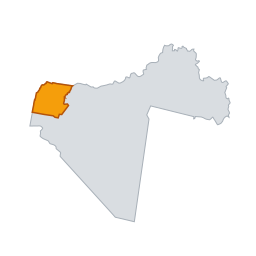 location of Menaka, Gao, Mali, rotated 191°
{"feature_id": "8926073B3742503303790", "entity_name": "Menaka", "entity_type": "district", "adm_level": 2, "iso_a3": "MLI", "parent_name": "Mali", "parent_adm1": "Gao", "projection": "orthographic", "projection_center": [2.874, 16.667], "detail": "fine", "context": "in_parent", "style": "filled", "palette": "amber", "viewbox_px": 256, "rotation_deg": 191, "n_neighbors": 0, "source": "geoboundaries", "source_scale": "gbopen_adm2", "svg_char_len": 5965}
<svg xmlns="http://www.w3.org/2000/svg" viewBox="0 0 256 256"><g transform="rotate(191 128 128)"><path d="M39.4,188.0L39.6,187.1L38.8,186.4L38.8,186.1L39.4,183.4L39.4,182.8L39.8,181.4L39.3,180.8L39.2,180.3L38.1,178.5L37.8,177.0L37.2,176.0L35.8,175.6L35.3,176.4L34.9,176.5L34.4,175.8L34.3,175.3L34.3,174.8L32.6,172.4L32.8,171.2L33.5,170.5L33.8,169.5L33.2,168.2L33.4,167.0L33.4,165.4L32.4,163.9L31.8,163.2L31.2,162.1L31.9,159.8L30.9,157.8L32.9,158.7L33.9,158.1L34.9,157.1L35.7,155.8L36.2,154.2L36.4,152.8L37.4,150.7L38.4,149.7L40.5,148.3L41.0,148.5L44.1,152.0L45.9,153.8L46.5,154.7L47.1,154.8L48.1,153.2L49.2,151.9L49.6,151.6L52.9,151.6L54.6,152.0L56.1,152.5L58.3,152.8L64.1,152.1L64.2,151.4L64.1,150.7L64.4,150.1L64.9,149.6L65.3,149.5L65.4,151.4L65.9,151.7L67.2,151.8L110.0,154.0L112.1,144.4L109.1,140.8L103.9,37.2L123.5,38.0L126.7,40.5L189.2,87.2L189.4,88.6L189.3,90.6L189.8,91.3L190.8,91.9L194.4,93.9L194.7,94.3L194.8,95.1L195.3,96.1L196.1,96.7L197.0,97.1L198.1,97.4L201.4,97.7L202.1,98.2L203.6,100.0L204.4,100.3L208.9,101.3L210.3,101.8L211.9,102.6L212.8,103.3L212.8,106.2L213.4,108.0L213.4,108.5L212.7,109.2L212.5,109.7L211.7,111.2L211.8,111.8L213.4,112.9L214.2,113.2L215.1,113.2L224.7,111.2L225.0,137.6L224.6,138.0L224.4,142.7L223.7,145.5L222.4,147.5L221.7,150.6L221.2,151.2L220.8,152.9L220.1,153.9L218.9,154.3L216.6,156.3L216.5,157.8L211.2,157.0L210.8,157.0L210.6,157.2L210.5,158.0L196.9,158.5L190.3,158.8L186.1,162.3L183.4,162.6L180.0,162.3L178.2,162.3L177.6,162.5L177.4,163.1L172.1,161.2L170.0,161.7L169.7,161.5L169.5,161.2L168.5,160.9L167.0,161.0L165.8,161.2L162.4,164.0L160.5,164.7L157.1,166.2L154.6,167.6L153.8,167.9L152.4,167.9L151.3,168.2L150.3,171.4L149.6,171.7L145.5,170.3L144.7,170.5L144.0,170.8L141.7,172.6L140.5,174.1L139.8,176.1L139.9,177.4L139.5,177.8L138.4,177.9L136.6,177.4L136.0,177.6L135.7,178.6L135.7,180.7L135.2,182.2L134.1,182.6L133.2,183.2L132.5,183.3L131.9,183.2L128.7,180.8L127.6,180.5L126.3,180.7L125.1,181.6L122.9,183.8L123.1,184.6L123.7,185.6L124.1,186.8L124.0,187.8L121.0,189.2L121.7,190.3L121.5,193.3L120.1,194.6L119.5,195.5L118.2,196.4L117.0,196.9L113.3,197.5L111.8,198.4L111.1,199.2L110.9,200.0L111.0,200.9L111.7,202.9L111.4,204.7L110.7,206.8L110.1,207.7L108.4,208.7L108.6,210.0L108.7,212.0L108.4,214.5L107.8,216.2L107.4,216.0L105.7,216.0L103.9,216.5L103.3,216.9L103.1,217.4L101.6,218.7L100.6,218.6L99.7,218.2L99.2,217.8L99.2,217.6L99.8,216.5L99.8,216.1L99.3,214.2L99.4,213.7L99.2,212.2L97.1,212.7L97.0,213.0L97.3,213.9L97.1,214.1L96.4,214.0L95.4,213.7L94.4,212.8L94.1,213.0L94.0,213.7L93.9,214.5L94.1,216.0L93.8,216.5L92.1,216.3L90.7,216.4L90.3,216.9L90.2,217.5L90.5,218.2L90.4,218.4L89.8,218.8L89.6,218.8L88.8,218.0L85.8,217.2L85.5,216.2L85.2,216.2L84.2,214.9L83.8,214.9L83.5,215.1L82.3,215.0L81.2,215.9L80.4,217.2L79.5,217.8L78.3,218.0L78.5,217.2L78.1,216.0L75.5,214.4L75.1,213.8L74.6,210.6L74.6,209.6L74.8,208.8L74.8,208.1L74.5,207.6L73.7,207.1L72.9,206.8L71.8,207.4L71.3,207.5L70.8,207.4L70.6,207.2L70.7,206.9L71.9,205.2L72.5,204.5L73.6,203.7L73.9,203.3L74.0,203.0L73.9,202.7L73.1,202.4L72.0,201.5L71.4,201.4L70.9,201.0L70.4,199.7L70.1,199.4L69.6,199.3L69.1,198.9L69.3,195.9L68.2,193.6L67.4,190.6L66.9,189.9L66.0,189.2L64.9,188.8L63.9,188.6L62.8,188.8L62.8,189.1L63.4,190.1L63.5,190.6L63.3,191.1L63.1,191.4L61.6,191.7L59.5,192.6L58.8,193.8L58.3,193.9L57.6,193.7L52.3,191.3L50.1,192.0L48.5,193.7L48.1,194.3L47.4,194.8L47.1,194.8L46.7,194.4L45.3,191.5L44.6,190.8L43.8,190.7L43.1,191.1L42.3,192.0L41.3,192.8L40.7,193.0L40.2,192.8L38.1,190.8L38.0,190.4L39.1,188.3L39.4,188.0Z" fill="#d9dde1" stroke="#a8b0b8" stroke-width="1"/><path d="M190.4,158.8L190.8,158.8L191.8,158.7L192.3,158.7L192.7,158.7L193.8,158.6L194.8,158.6L195.4,158.5L195.7,158.5L196.7,158.5L197.6,158.4L198.5,158.4L199.2,158.4L199.7,158.3L200.1,158.3L200.6,158.3L201.1,158.3L202.1,158.2L202.5,158.2L203.1,158.2L203.6,158.1L204.2,158.1L205.2,158.1L205.7,158.0L206.3,158.0L206.6,158.0L207.0,158.0L208.1,158.1L208.5,158.1L209.7,158.1L210.5,158.1L210.7,157.8L210.7,157.4L210.7,157.2L210.8,157.1L211.0,157.0L211.3,157.1L212.8,157.3L214.3,157.6L215.4,157.7L215.7,157.8L216.3,157.9L216.5,157.7L216.8,157.4L216.9,157.0L216.9,156.7L216.8,156.4L216.9,156.2L217.0,156.2L217.4,156.0L217.4,155.9L217.6,155.8L217.8,155.5L217.9,155.4L218.2,155.0L218.6,154.5L218.8,154.3L218.9,154.2L219.0,154.2L219.3,154.1L219.7,154.1L219.9,154.1L220.0,154.0L220.3,154.0L220.5,153.9L220.7,153.7L220.8,153.6L221.0,153.3L221.1,153.1L221.2,152.7L221.3,152.3L221.4,152.0L221.4,151.9L221.4,151.7L221.4,151.4L221.5,151.1L221.5,150.9L221.6,150.7L221.8,150.5L222.0,150.4L222.2,150.2L222.2,149.8L222.2,149.7L222.2,149.4L222.1,149.2L222.1,148.9L222.3,148.6L222.4,148.3L222.5,148.2L222.6,147.9L222.7,147.7L222.8,147.5L223.0,147.2L223.1,146.9L223.2,146.7L223.3,146.4L223.3,146.2L223.4,145.9L223.5,145.7L223.9,145.5L224.4,145.2L224.6,145.0L224.6,144.8L224.6,143.3L224.6,142.0L224.6,141.4L224.6,140.7L224.5,140.3L224.5,140.0L224.5,139.9L224.6,139.7L224.7,139.4L224.6,139.1L224.7,138.9L224.7,138.7L224.7,138.2L224.7,137.9L224.7,137.6L224.9,137.6L225.1,137.6L225.1,136.8L225.1,135.5L225.1,134.1L225.0,132.7L225.0,131.2L225.0,130.0L225.0,128.7L225.0,127.2L225.0,125.9L225.0,125.3L225.0,125.2L224.9,125.2L213.0,125.3L203.8,125.7L201.7,124.6L198.5,124.6L198.0,128.3L195.6,128.6L194.7,130.5L190.7,138.7L192.0,140.0L194.9,139.2L195.5,139.4L195.9,139.9L195.7,143.0L196.3,146.1L195.9,146.0L196.0,146.1L196.0,146.3L195.9,146.3L195.9,146.5L195.9,146.8L195.9,147.0L195.8,147.3L195.7,147.4L195.6,147.6L195.6,147.8L195.5,148.1L195.5,148.3L195.4,148.4L195.3,148.6L195.1,148.8L194.9,148.9L194.8,149.0L194.6,149.1L194.5,149.3L194.4,149.4L194.4,149.5L194.2,149.5L194.3,149.7L194.2,149.8L194.1,150.0L193.9,150.3L193.9,150.5L194.0,150.7L194.0,150.8L193.9,150.9L193.7,151.0L193.4,151.2L193.2,151.3L193.1,151.5L193.0,151.4L192.9,151.4L192.9,151.5L192.7,151.8L192.4,151.9L192.4,152.0L192.2,152.2L192.2,152.3L192.4,152.4L191.5,154.9L191.1,158.0L190.4,158.8L190.4,158.8Z" fill="#f59e0b" stroke="#b45309" stroke-width="1.5"/></g></svg>